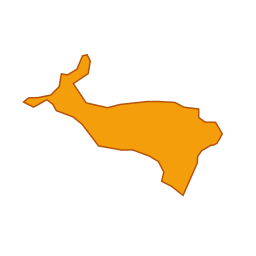 Bankilaré, Tillabéri, Niger (orthographic projection), rotated 63°
{"feature_id": "23599985B18164013569517", "entity_name": "Bankilaré", "entity_type": "district", "adm_level": 2, "iso_a3": "NER", "parent_name": "Niger", "parent_adm1": "Tillabéri", "projection": "orthographic", "projection_center": [0.586, 14.454], "detail": "fine", "context": "isolated", "style": "filled", "palette": "amber", "viewbox_px": 256, "rotation_deg": 63, "n_neighbors": 0, "source": "geoboundaries", "source_scale": "gbopen_adm2", "svg_char_len": 722}
<svg xmlns="http://www.w3.org/2000/svg" viewBox="0 0 256 256"><g transform="rotate(63 128 128)"><path d="M57.5,209.3L66.5,202.7L66.0,187.4L72.8,184.2L80.0,184.0L93.1,172.0L103.7,167.2L130.6,162.4L139.7,150.3L144.9,143.5L149.5,133.9L162.8,121.7L171.7,116.1L183.7,116.1L190.7,122.3L199.6,115.8L213.0,109.5L190.6,82.1L185.0,78.9L181.7,72.8L181.0,62.0L182.0,59.8L182.0,55.6L176.1,46.7L162.7,47.4L157.8,56.6L150.8,60.2L143.2,56.4L134.8,68.8L126.6,74.5L117.7,89.8L113.2,98.8L103.4,124.5L100.6,137.1L86.6,153.9L63.6,156.6L62.4,146.9L61.5,138.8L51.2,131.2L44.2,131.2L43.0,135.7L52.4,146.7L53.2,157.8L49.5,162.8L59.9,170.5L63.6,181.9L60.1,194.3L56.0,203.1L57.5,209.3Z" fill="#f59e0b" stroke="#b45309" stroke-width="1.5"/></g></svg>